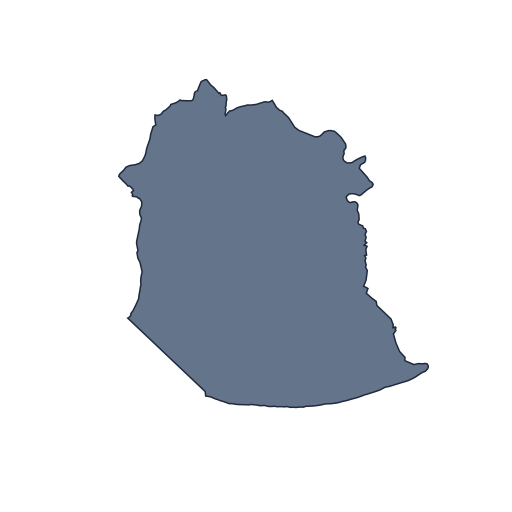 the district of Yutanduchi de Guerrero, Oaxaca, Mexico, rotated 153°
{"feature_id": "50627088B821547754405", "entity_name": "Yutanduchi de Guerrero", "entity_type": "district", "adm_level": 2, "iso_a3": "MEX", "parent_name": "Mexico", "parent_adm1": "Oaxaca", "projection": "mercator", "projection_center": [-97.304, 17.076], "detail": "fine", "context": "isolated", "style": "filled", "palette": "slate", "viewbox_px": 512, "rotation_deg": 153, "n_neighbors": 0, "source": "geoboundaries", "source_scale": "gbopen_adm2", "svg_char_len": 4103}
<svg xmlns="http://www.w3.org/2000/svg" viewBox="0 0 512 512"><g transform="rotate(153 256 256)"><path d="M398.5,258.9L362.8,158.3L364.4,154.1L360.4,151.1L357.2,147.3L356.8,146.9L355.4,145.5L353.6,143.4L351.6,141.6L348.5,138.4L347.1,136.7L344.5,135.4L342.5,133.9L340.2,132.3L337.4,130.7L332.0,127.8L330.7,126.9L327.9,126.0L322.9,122.8L321.3,121.5L319.5,120.3L316.6,119.2L313.2,116.3L311.0,115.1L307.6,113.6L305.7,112.2L302.7,110.7L300.9,109.8L299.4,108.8L296.6,107.7L294.1,105.5L292.8,105.0L288.9,102.8L285.5,101.5L282.3,99.8L279.8,99.4L273.4,96.5L268.3,94.6L265.7,93.8L261.5,92.8L256.1,90.3L249.9,88.1L247.7,87.7L244.4,87.0L240.7,86.0L236.7,85.3L232.5,84.4L229.9,83.9L225.8,83.3L222.4,83.0L219.6,82.4L214.6,81.6L211.0,81.0L206.6,80.4L200.7,80.5L196.5,79.3L185.9,77.5L181.7,76.7L177.2,75.9L172.6,75.7L168.8,75.8L164.3,76.4L160.7,76.7L157.5,76.4L154.4,77.5L153.1,78.6L152.4,80.3L152.4,82.0L153.7,83.3L156.9,84.5L160.1,86.4L164.6,87.6L170.9,95.2L169.3,98.0L171.4,105.8L170.8,115.1L168.9,124.2L165.1,126.2L165.3,127.8L163.9,128.4L164.2,129.6L166.5,130.0L165.0,132.3L164.3,138.6L170.8,157.1L169.5,161.0L172.1,166.2L174.6,172.7L171.0,176.2L173.8,180.3L171.1,182.5L168.8,184.7L166.2,188.4L163.4,192.6L163.5,196.3L161.8,198.1L161.0,202.3L159.0,204.3L159.0,207.1L157.1,206.6L155.1,212.2L152.6,214.2L154.7,216.7L151.3,217.5L152.1,219.8L149.4,222.6L149.0,225.8L146.4,227.7L146.2,230.6L147.6,232.1L147.3,234.5L148.9,236.3L150.0,237.7L149.9,239.7L147.6,241.6L145.4,246.6L145.0,250.9L142.8,253.9L141.9,255.6L142.1,257.6L143.2,259.4L145.3,260.4L147.7,260.7L149.1,262.4L149.4,264.8L148.8,267.8L145.1,268.9L142.4,268.1L140.2,266.7L138.6,265.3L136.7,263.0L134.8,262.7L130.8,263.7L127.2,264.5L124.2,264.9L121.4,264.9L119.2,266.4L119.0,267.4L119.3,269.0L120.7,271.4L121.2,276.0L122.3,280.1L124.2,287.2L121.6,289.8L116.7,290.1L115.0,291.5L113.7,293.8L113.5,295.6L115.6,296.0L119.6,296.2L122.1,296.2L125.2,296.0L127.9,295.6L129.8,296.2L130.9,296.8L132.6,297.6L134.1,300.1L134.5,301.8L134.1,304.0L132.6,305.9L131.2,306.9L129.8,310.1L127.2,311.2L126.0,312.9L125.3,315.4L125.8,318.7L126.1,322.2L127.1,325.5L128.4,329.1L129.8,332.0L130.3,332.1L130.9,332.3L131.6,333.3L134.2,334.7L136.8,335.2L139.1,335.5L142.2,334.4L144.8,333.8L147.0,334.3L149.3,335.4L158.8,346.2L160.7,348.3L162.4,351.8L163.1,353.2L163.7,360.0L164.2,364.6L165.1,367.2L166.5,371.2L166.8,372.9L168.8,375.2L170.3,379.1L170.5,382.8L170.9,387.3L173.6,387.1L175.7,387.7L177.4,389.1L179.3,389.7L181.4,390.0L184.0,390.5L186.4,390.8L189.6,391.9L192.0,392.8L195.3,394.5L198.5,395.1L200.9,395.8L203.6,396.4L206.3,396.6L208.5,396.4L211.0,396.4L213.6,397.2L216.3,396.3L217.6,395.5L219.3,394.9L219.0,396.8L217.6,398.4L216.1,400.5L215.8,402.4L214.6,403.3L212.5,407.0L211.2,408.3L210.8,409.3L209.7,412.2L209.9,413.3L214.0,414.8L214.1,416.4L214.1,417.9L215.3,417.9L216.7,423.8L217.1,425.2L218.7,428.9L219.8,434.9L220.2,435.7L221.5,436.2L223.1,436.2L224.3,436.3L225.8,436.2L229.8,432.9L233.0,429.9L235.5,429.9L236.9,429.1L238.8,426.4L240.6,424.4L242.1,423.6L244.2,424.1L246.5,425.4L249.4,427.0L251.8,428.3L252.8,429.5L255.4,429.0L257.8,428.9L263.2,429.7L264.3,428.7L267.0,427.9L270.0,427.1L273.0,427.0L276.1,425.5L277.9,425.5L279.6,425.8L282.0,427.5L283.6,424.6L284.9,421.2L285.7,418.3L289.2,417.9L292.5,414.4L294.5,412.4L296.1,410.2L297.5,408.3L300.5,405.4L303.2,402.9L305.3,400.6L307.2,398.0L309.2,395.9L311.8,393.9L314.1,392.3L318.0,391.5L322.4,392.2L327.2,393.9L331.5,394.2L334.8,392.6L336.6,392.0L339.1,391.3L340.9,390.6L342.1,389.2L340.6,383.8L339.2,379.9L338.3,376.3L336.8,375.9L335.4,371.4L335.4,370.0L338.1,369.3L337.8,367.0L338.9,366.0L338.8,365.0L337.0,364.0L335.3,362.7L334.5,360.6L333.6,360.3L333.2,356.2L334.4,353.8L336.0,351.7L338.1,350.2L339.5,348.5L340.7,345.5L340.8,342.0L341.9,340.3L343.0,339.0L345.4,336.7L348.0,332.7L350.8,329.3L355.8,323.1L356.8,321.2L358.8,314.2L360.5,313.2L362.2,307.9L362.3,302.8L363.4,298.6L364.7,293.4L366.4,291.5L368.5,288.8L370.2,285.9L371.4,282.9L373.8,279.9L375.5,277.4L377.6,274.8L380.1,271.1L385.3,266.9L390.3,263.2L393.7,261.5L394.4,259.9L396.7,259.0L398.5,258.9Z" fill="#64748b" stroke="#1e293b" stroke-width="1.5"/></g></svg>